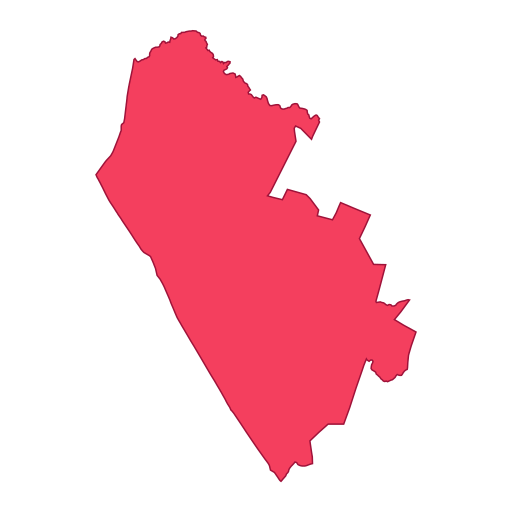 outline of Kapseret, Rift Valley, Kenya
{"feature_id": "3690345B11020389245436", "entity_name": "Kapseret", "entity_type": "district", "adm_level": 2, "iso_a3": "KEN", "parent_name": "Kenya", "parent_adm1": "Rift Valley", "projection": "orthographic", "projection_center": [35.238, 0.421], "detail": "fine", "context": "isolated", "style": "filled", "palette": "rose", "viewbox_px": 512, "rotation_deg": 0, "n_neighbors": 0, "source": "geoboundaries", "source_scale": "gbopen_adm2", "svg_char_len": 5448}
<svg xmlns="http://www.w3.org/2000/svg" viewBox="0 0 512 512"><path d="M314.9,115.6L313.5,116.6L312.6,117.5L311.1,118.8L309.8,118.3L309.2,116.6L308.8,114.9L307.8,114.1L307.3,112.4L307.1,110.4L305.7,109.4L304.3,108.9L302.2,108.4L299.8,108.1L298.7,106.6L298.0,105.0L297.4,104.0L296.2,103.7L294.7,103.7L292.9,104.2L291.8,104.9L290.9,106.4L289.7,107.6L288.1,107.5L287.0,108.2L285.7,108.5L284.0,109.1L282.2,109.0L280.6,108.1L279.8,105.7L278.6,104.8L277.3,104.7L275.8,104.8L273.6,105.2L271.6,105.7L269.8,105.5L268.4,103.4L267.5,100.5L267.1,98.7L266.3,96.9L264.7,95.6L263.4,94.8L262.1,95.3L261.9,97.5L260.7,99.3L258.6,98.4L255.9,97.2L254.3,98.0L253.2,97.1L251.3,94.6L249.9,94.0L248.6,94.0L248.2,92.3L249.2,91.1L250.4,90.0L249.4,88.5L248.8,87.4L247.8,86.2L247.6,84.7L246.6,83.6L245.4,83.3L244.3,82.3L243.3,81.1L242.8,79.1L241.4,77.5L240.6,76.4L239.4,75.5L238.3,76.1L236.9,77.0L235.8,77.4L235.6,75.9L235.1,74.0L233.0,73.0L231.2,73.3L229.9,73.5L228.9,74.2L227.4,74.5L226.2,74.6L225.0,73.9L224.1,73.0L223.4,71.6L223.9,70.3L225.1,69.7L226.7,68.9L227.5,67.7L226.8,66.5L228.2,65.2L229.0,64.1L229.9,63.3L230.1,61.8L228.6,61.3L227.3,61.5L226.3,62.5L224.6,62.5L223.5,63.5L223.1,62.2L221.9,61.5L220.5,62.6L219.7,61.4L217.9,61.2L217.3,59.6L215.7,59.9L214.2,58.9L212.7,57.7L213.5,56.7L213.3,54.8L212.5,53.4L210.9,52.4L209.7,51.3L209.2,50.2L207.9,50.5L207.1,49.4L205.9,47.9L206.8,47.1L206.8,45.7L207.4,44.4L206.5,42.8L206.0,41.4L205.0,40.5L204.9,39.3L205.9,38.5L205.8,37.3L204.2,36.8L203.2,36.0L201.8,36.2L200.7,35.4L200.1,33.4L199.0,32.6L197.5,32.3L196.1,31.0L194.6,30.9L192.8,30.7L190.9,31.1L189.2,31.1L187.7,31.4L186.1,31.7L184.7,32.3L182.8,32.4L181.5,32.4L180.7,33.6L179.3,33.8L178.1,34.6L177.9,36.2L176.8,37.6L175.3,38.7L173.8,39.0L172.6,37.8L171.0,37.2L170.7,38.9L170.1,40.5L169.7,42.3L168.2,42.0L167.0,42.8L165.5,43.1L164.9,41.7L163.5,41.2L162.0,42.0L161.3,43.4L160.1,44.5L159.9,45.9L159.1,46.9L157.4,47.2L155.7,47.2L154.2,47.8L152.8,48.5L151.7,49.3L151.0,50.9L149.9,52.7L149.6,54.1L149.7,55.4L149.2,56.7L147.5,57.4L146.5,58.4L144.8,58.6L143.3,59.6L141.7,59.9L140.3,60.9L138.5,61.9L137.2,61.6L136.1,60.2L135.0,58.6L134.0,59.5L132.6,68.4L131.1,75.5L129.3,84.1L129.1,85.3L128.8,86.6L127.3,95.6L127.1,97.0L127.0,98.5L126.5,102.9L126.3,104.1L126.2,105.4L125.7,109.4L124.6,118.7L123.8,122.7L121.6,124.5L121.2,126.0L121.2,128.0L121.2,130.5L120.5,132.2L119.5,135.1L119.0,136.6L118.3,138.4L114.1,149.0L113.4,150.8L112.7,152.3L110.7,155.8L106.4,160.4L105.2,161.9L100.5,168.4L96.0,174.7L97.2,177.5L98.3,179.3L99.1,180.9L100.1,182.7L101.3,185.1L102.2,186.8L102.8,188.0L103.9,190.3L104.9,192.3L105.4,193.4L108.9,200.1L109.7,201.4L110.3,202.4L113.0,206.4L115.0,209.5L115.9,211.0L117.4,213.2L118.0,214.3L118.9,215.6L120.3,217.6L121.0,218.6L122.0,220.3L123.6,222.7L126.7,227.3L127.4,228.3L128.1,229.4L129.8,231.9L130.5,233.0L131.3,234.2L135.3,240.5L137.2,243.3L138.2,244.7L139.2,246.1L141.1,249.3L142.9,251.4L144.0,252.5L146.2,253.8L149.5,255.7L150.6,256.7L152.0,259.8L153.1,262.3L153.6,263.5L154.2,265.1L155.5,268.4L156.3,271.9L157.1,275.4L160.2,279.3L161.4,281.5L162.1,282.7L163.5,285.4L164.5,287.5L165.5,289.9L168.3,296.3L169.8,299.8L170.5,301.7L171.0,303.1L172.9,307.5L175.3,313.3L176.0,314.9L176.8,316.8L177.5,318.2L178.8,320.5L180.0,322.5L180.8,323.9L181.7,325.5L186.8,334.1L191.0,341.3L193.9,346.0L201.8,359.4L207.4,369.0L210.7,374.6L214.7,381.1L216.9,384.9L219.7,389.6L220.3,390.7L221.2,392.2L222.7,394.9L224.7,398.4L225.6,400.1L226.2,401.4L227.7,404.1L229.8,407.4L230.4,408.8L230.9,410.0L231.8,410.8L233.6,413.0L238.1,419.7L241.0,424.0L246.2,431.9L251.0,439.0L255.7,445.9L257.9,449.1L265.3,459.5L266.4,460.9L268.0,463.1L268.9,464.5L269.5,465.9L270.5,470.1L274.4,472.4L275.5,473.9L276.7,475.7L277.7,477.1L278.9,479.0L279.9,480.4L281.0,481.3L282.1,480.1L282.9,479.1L284.4,477.4L285.7,475.9L286.5,473.9L287.9,472.5L288.6,471.1L288.8,469.8L289.7,468.1L291.2,466.2L292.5,464.9L293.9,463.4L295.0,462.0L296.7,462.6L297.9,464.5L299.4,465.3L301.0,465.8L302.4,466.0L304.8,466.0L306.5,465.6L309.1,464.6L310.5,464.1L312.5,463.6L312.3,456.8L311.8,453.9L311.1,449.3L309.9,440.9L318.9,432.3L328.1,424.1L343.7,424.1L349.6,407.9L356.0,388.1L362.1,370.5L363.8,365.4L366.4,358.9L367.1,360.0L369.1,361.3L370.5,360.1L372.0,360.0L373.0,361.2L372.6,362.9L371.7,364.5L371.3,366.4L371.1,368.5L372.0,369.9L373.6,370.8L375.6,372.1L376.3,374.1L377.5,375.0L378.7,376.2L380.0,377.3L380.9,378.8L382.5,380.0L383.3,381.0L384.7,381.5L386.2,381.1L387.6,381.7L389.1,381.0L390.8,380.2L392.5,379.7L393.5,378.8L395.0,377.5L396.0,375.8L397.2,374.5L398.8,375.2L400.1,375.4L401.5,375.3L402.4,374.1L403.2,372.7L404.5,371.0L406.0,369.9L407.2,369.4L407.5,367.9L407.8,362.4L408.5,355.4L408.9,353.8L411.2,345.9L416.0,332.0L403.8,325.3L394.4,319.6L400.6,312.1L409.5,300.0L408.1,299.7L406.4,300.1L404.5,300.8L402.6,301.1L400.9,301.5L399.3,302.0L397.9,302.8L396.5,304.1L395.7,305.3L394.0,306.0L391.9,306.0L390.9,304.8L389.1,304.5L387.5,305.4L385.8,304.6L384.5,303.4L383.4,302.8L381.8,302.5L380.3,301.9L378.4,302.2L376.4,302.5L375.9,301.3L378.8,290.8L381.8,279.5L385.7,264.7L373.6,264.4L359.4,238.6L365.3,226.2L370.3,215.0L354.3,208.4L340.6,202.6L338.8,206.7L336.2,212.9L332.5,219.8L317.3,215.8L318.6,210.0L310.1,198.6L306.2,194.7L287.4,189.4L282.4,199.7L272.6,197.3L267.5,195.8L270.3,192.3L296.0,141.3L294.5,131.5L294.2,128.3L295.6,126.0L300.8,128.4L311.5,139.3L312.7,136.2L319.5,122.0L318.6,120.1L319.5,118.7L318.2,117.1L317.2,115.5L316.1,115.0L314.9,115.6Z" fill="#f43f5e" stroke="#9f1239" stroke-width="1.5"/></svg>